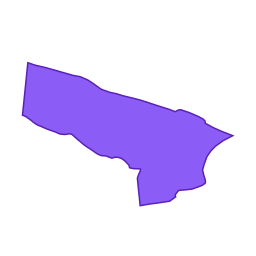 Kharab Al Marashi, Al Jawf, Yemen (Albers equal-area conic projection), rotated 352°
{"feature_id": "15242507B69209447674236", "entity_name": "Kharab Al Marashi", "entity_type": "district", "adm_level": 2, "iso_a3": "YEM", "parent_name": "Yemen", "parent_adm1": "Al Jawf", "projection": "albers", "projection_center": [44.255, 16.604], "detail": "fine", "context": "isolated", "style": "filled", "palette": "violet", "viewbox_px": 256, "rotation_deg": 352, "n_neighbors": 0, "source": "geoboundaries", "source_scale": "gbopen_adm2", "svg_char_len": 1816}
<svg xmlns="http://www.w3.org/2000/svg" viewBox="0 0 256 256"><g transform="rotate(352 128 128)"><path d="M230.7,150.2L220.9,144.7L216.8,142.2L212.8,139.7L206.7,135.2L205.2,134.2L205.2,131.6L203.6,129.6L199.3,126.4L193.2,122.7L190.3,121.0L182.7,117.2L180.3,117.2L177.0,118.4L173.2,116.3L172.0,115.6L170.6,114.9L166.8,113.1L161.8,110.7L153.8,106.8L144.4,102.2L137.2,99.2L130.9,96.7L126.9,95.1L121.5,92.5L114.8,90.1L112.5,88.8L108.4,86.8L106.1,85.2L103.3,82.5L99.8,79.2L94.8,74.8L87.7,70.5L81.3,68.4L71.1,63.9L55.0,56.8L44.4,52.7L37.9,49.4L25.3,100.7L26.3,101.2L27.5,101.9L28.7,102.7L30.0,104.0L31.6,105.5L33.0,106.9L33.4,107.2L34.4,108.5L36.2,110.2L37.8,111.7L39.9,113.1L41.7,114.1L43.7,115.3L45.6,116.5L47.7,117.8L49.7,118.9L51.6,119.8L53.7,121.0L55.5,121.8L57.5,123.1L59.1,124.2L61.4,124.9L63.3,125.4L65.3,125.7L67.6,125.6L69.6,125.7L71.5,126.4L73.0,128.2L74.4,129.8L75.7,131.4L77.0,132.9L78.4,134.4L79.9,136.1L81.2,137.6L82.6,139.0L84.1,140.4L85.6,141.8L87.4,143.3L89.2,144.9L91.0,146.6L92.6,148.1L94.2,149.5L96.2,150.8L97.9,151.6L98.1,151.7L100.2,152.2L101.8,152.4L106.7,155.0L107.8,155.6L110.8,155.2L112.8,155.3L113.9,155.6L115.1,156.2L117.0,157.0L120.1,159.9L120.4,160.2L123.9,165.2L124.0,167.6L127.7,169.0L134.5,170.2L134.5,171.5L131.7,176.2L131.5,176.6L130.3,178.9L130.3,179.0L129.6,195.9L129.6,197.8L129.2,206.6L140.3,206.3L146.8,206.4L147.0,206.4L158.9,206.3L159.1,206.3L165.2,203.0L165.6,202.8L165.4,201.9L165.7,200.4L167.9,198.3L168.7,197.6L169.3,197.0L171.0,196.9L172.0,196.9L174.1,197.1L175.7,197.2L178.8,197.3L183.1,197.4L193.4,195.2L194.1,194.8L195.3,194.2L196.7,193.4L197.1,192.7L197.3,191.1L197.2,189.6L196.9,187.9L196.7,186.7L196.6,186.1L196.5,185.2L196.0,179.9L198.4,174.5L202.3,167.2L206.8,162.3L211.9,158.3L220.4,153.8L230.7,150.2Z" fill="#8b5cf6" stroke="#5b21b6" stroke-width="1.5"/></g></svg>